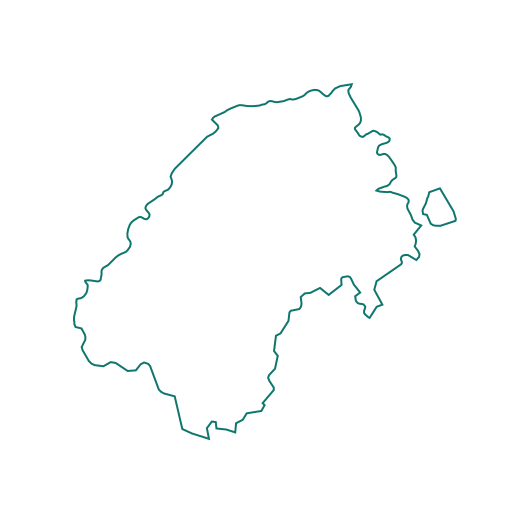 outline of Ciudad Real, rotated 133°
{"feature_id": "ESP-5816", "entity_name": "Ciudad Real", "entity_type": "Autonomous Community", "adm_level": 1, "iso_a3": "ESP", "parent_name": "Spain", "parent_adm1": "", "projection": "albers", "projection_center": [-4.048, 38.963], "detail": "fine", "context": "isolated", "style": "outline", "palette": "teal", "viewbox_px": 512, "rotation_deg": 133, "n_neighbors": 0, "source": "natural_earth", "source_scale": "10m", "svg_char_len": 4414}
<svg xmlns="http://www.w3.org/2000/svg" viewBox="0 0 512 512"><g transform="rotate(133 256 256)"><path d="M429.5,181.9L432.8,191.9L414.1,219.7L419.4,229.8L420.1,233.1L419.9,236.1L408.7,258.4L408.4,261.3L410.2,265.2L413.9,266.5L421.6,265.9L427.6,271.4L429.9,285.6L432.7,289.9L440.7,292.4L445.8,299.5L446.9,302.7L446.8,306.6L443.2,318.5L441.5,321.4L433.7,323.7L431.6,325.5L430.2,327.7L428.0,334.2L431.0,339.6L429.6,342.5L427.7,344.3L427.4,345.1L424.1,347.9L421.5,349.3L420.8,349.9L420.0,350.2L415.5,352.8L414.5,353.6L413.2,354.9L412.9,355.4L412.6,355.8L412.3,356.1L411.4,356.5L411.0,356.9L410.7,357.3L410.1,357.6L409.3,357.4L407.5,356.3L406.3,355.3L404.6,354.8L402.9,354.4L400.6,354.6L398.6,354.9L396.1,356.1L392.8,358.5L391.9,359.6L391.5,362.3L391.2,363.4L390.6,364.1L389.3,363.2L387.0,360.8L383.3,355.4L382.2,354.1L381.0,353.4L379.5,353.4L374.9,356.3L372.5,358.6L371.0,359.4L368.7,359.6L363.4,358.0L352.2,357.6L349.1,357.0L346.2,356.0L343.3,354.6L341.4,353.9L339.0,353.9L335.3,354.4L332.7,355.8L331.5,357.2L330.9,358.7L330.6,360.2L330.4,361.6L329.7,362.9L327.3,365.4L323.7,367.7L319.5,369.5L317.5,369.9L315.6,370.0L312.9,369.6L307.6,368.2L306.4,367.4L305.8,366.2L305.4,364.7L305.1,363.3L304.5,362.0L303.6,361.0L302.0,360.7L300.0,360.9L298.3,362.1L297.7,363.6L297.1,368.2L296.5,369.4L295.3,370.2L293.5,370.7L291.5,370.7L283.1,368.7L279.9,368.3L275.8,366.6L274.5,366.4L273.4,366.9L272.0,367.4L269.4,366.4L267.9,365.7L266.1,365.5L263.5,365.8L261.4,366.4L258.9,368.0L257.8,369.5L256.2,372.6L253.0,374.0L247.6,374.9L202.1,373.1L196.0,370.9L192.8,370.4L189.5,370.6L188.1,370.8L187.0,372.2L186.5,373.6L186.3,381.2L184.0,381.6L182.1,381.3L171.8,377.0L169.6,376.7L165.5,375.2L158.4,371.9L156.8,370.8L155.3,369.1L152.2,364.5L147.7,359.6L143.5,356.0L141.1,354.8L139.2,353.2L137.0,352.5L135.5,352.5L134.0,352.0L132.8,351.1L131.5,349.2L130.7,347.5L129.3,345.6L123.6,341.2L120.9,340.0L117.9,338.2L117.4,337.0L116.2,335.5L114.1,334.0L107.6,330.9L105.5,330.3L102.4,330.2L100.4,329.8L98.1,328.9L94.8,326.7L92.9,324.4L92.1,322.5L91.9,319.3L91.9,317.7L91.6,314.6L91.0,313.2L89.5,312.2L84.7,312.2L82.9,312.5L79.4,312.4L74.2,310.2L65.1,303.1L67.5,302.0L69.4,301.8L70.5,301.8L71.3,301.7L72.4,301.0L73.9,298.9L75.5,294.9L79.5,280.6L80.3,278.6L82.8,274.3L84.0,272.9L85.1,271.9L86.4,271.1L87.8,270.7L89.4,270.5L93.8,271.1L95.0,271.0L95.8,270.0L96.6,265.4L97.4,262.5L96.8,260.2L95.8,258.9L91.6,258.3L90.5,257.6L85.1,256.0L84.0,255.1L83.4,253.9L82.9,252.4L82.7,250.8L82.6,249.4L82.5,247.9L82.4,247.7L81.9,247.4L81.1,246.8L80.4,245.7L80.0,244.3L79.9,242.7L79.3,241.2L78.9,239.7L78.9,238.4L80.1,237.3L81.5,236.9L82.9,237.2L84.3,237.7L88.2,240.1L91.1,241.2L92.6,241.0L94.0,240.4L97.9,238.1L98.4,236.8L98.1,235.0L97.0,233.8L94.3,232.3L93.3,231.1L92.7,229.0L92.8,226.1L94.7,217.6L95.4,215.3L96.1,214.0L97.3,213.0L99.5,210.7L100.5,209.3L101.5,208.1L102.5,207.3L103.8,207.2L106.6,208.0L108.1,208.1L109.5,208.0L112.4,207.3L115.1,207.8L116.4,208.5L117.7,209.4L123.2,212.2L124.0,212.4L126.0,212.5L124.2,209.0L119.6,203.4L117.8,201.9L117.0,200.6L116.8,199.7L114.1,194.6L111.1,187.2L110.7,185.4L110.7,183.2L111.8,181.6L113.2,180.9L114.9,180.6L116.5,179.5L118.0,177.6L120.4,170.7L122.7,166.2L123.3,162.7L121.0,156.0L132.8,155.2L133.6,152.0L135.6,149.4L138.3,147.5L140.8,146.4L141.7,141.3L143.0,137.8L145.5,136.1L149.6,136.0L151.6,145.4L153.4,147.5L155.3,148.8L157.2,149.1L159.2,148.2L159.8,147.4L160.8,145.4L161.6,144.6L163.1,144.2L192.2,150.6L200.0,146.5L205.4,130.4L210.8,133.1L223.8,130.7L224.2,132.4L224.3,136.6L223.9,138.2L222.2,139.7L220.1,140.5L218.5,141.6L218.1,144.2L218.6,145.4L220.4,147.9L221.0,149.4L220.9,151.5L220.1,153.2L217.8,156.0L211.7,154.9L210.2,164.8L207.7,171.2L207.4,173.1L208.2,175.0L212.1,178.0L213.6,178.4L215.0,177.8L218.8,173.7L234.9,176.3L235.7,187.4L245.9,191.1L250.1,194.8L255.5,195.3L259.8,190.2L262.3,188.6L265.2,188.1L272.3,193.2L274.4,193.1L281.3,188.0L295.9,185.3L300.7,187.0L313.2,178.0L314.2,172.0L325.5,165.2L334.3,165.2L336.8,164.1L338.2,161.2L340.1,153.3L341.9,151.6L359.1,150.8L359.2,148.0L365.7,146.4L377.4,155.5L384.8,154.0L391.9,156.5L399.2,150.9L403.1,159.3L409.1,167.3L404.9,172.2L407.2,175.4L415.4,174.5L421.8,165.7L429.5,181.9ZM94.3,134.1L108.1,141.7L111.4,145.3L112.7,147.5L113.2,150.3L109.4,159.1L111.4,162.4L109.2,165.2L107.5,166.0L101.8,167.6L98.2,169.4L97.2,170.0L96.0,170.4L95.2,170.5L91.2,172.8L81.1,167.6L88.6,142.0L92.6,135.1L94.3,134.1Z" fill="none" stroke="#0f766e" stroke-width="2"/></g></svg>